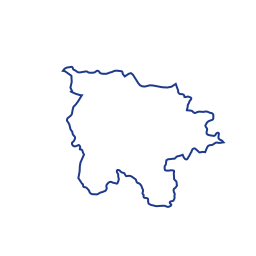 an SVG outline of Grad Beograd, rotated 318°
{"feature_id": "SRB-836", "entity_name": "Grad Beograd", "entity_type": "City", "adm_level": 1, "iso_a3": "SRB", "parent_name": "Republic of Serbia", "parent_adm1": "", "projection": "robinson", "projection_center": [20.4, 44.661], "detail": "fine", "context": "isolated", "style": "outline", "palette": "blue", "viewbox_px": 256, "rotation_deg": 318, "n_neighbors": 0, "source": "natural_earth", "source_scale": "10m", "svg_char_len": 5879}
<svg xmlns="http://www.w3.org/2000/svg" viewBox="0 0 256 256"><g transform="rotate(318 128 128)"><path d="M57.6,132.0L63.1,127.8L66.5,124.3L69.5,121.9L77.5,118.3L78.2,115.8L78.6,115.1L79.1,113.7L79.1,113.3L79.0,112.9L78.1,111.9L78.0,111.7L78.1,111.4L78.3,111.2L79.3,110.6L79.5,110.4L79.8,110.1L80.2,108.7L80.2,108.3L80.1,107.9L79.9,107.6L79.6,107.5L78.3,107.1L77.1,106.6L76.5,106.3L75.9,105.8L75.5,105.2L75.4,104.6L75.3,104.0L75.4,103.4L75.5,102.8L76.1,101.9L76.4,101.6L77.0,101.5L78.7,101.5L79.8,101.2L80.9,100.7L81.5,100.4L82.1,99.9L82.3,99.6L82.6,98.8L82.7,96.0L82.9,95.5L83.1,95.0L84.0,93.7L84.1,93.2L84.2,91.7L84.5,90.3L86.3,87.0L86.8,85.9L87.3,83.9L87.5,81.9L87.6,81.6L87.9,81.3L89.0,80.5L89.8,80.3L92.9,80.5L94.2,80.5L94.7,80.4L95.5,80.1L97.6,78.6L98.9,77.5L101.4,75.9L102.7,75.7L104.7,75.6L108.4,74.9L115.6,72.8L114.6,71.8L112.0,67.6L110.0,62.9L111.2,62.9L112.2,59.5L117.0,56.1L120.9,51.3L119.1,43.5L117.9,42.0L120.0,41.6L121.3,41.7L121.9,41.8L122.7,42.1L124.0,42.8L125.4,43.8L126.9,44.7L127.2,45.1L127.3,45.5L127.3,45.9L127.2,46.3L126.6,47.6L126.6,48.1L126.7,48.5L127.4,50.1L127.9,52.5L128.2,53.1L128.6,53.7L129.7,54.7L134.6,57.8L135.0,58.2L135.3,58.6L135.8,60.4L136.2,60.9L136.6,61.3L137.5,62.2L139.0,63.5L139.9,64.1L140.4,64.3L141.4,64.5L142.9,64.6L143.4,64.9L143.8,65.2L144.2,65.9L144.2,66.4L144.1,68.0L144.1,68.4L144.2,68.9L144.4,69.3L145.2,70.4L145.6,70.9L147.9,73.0L148.9,73.6L151.7,74.7L153.4,75.6L155.6,76.3L156.5,76.7L157.4,77.4L158.7,78.6L160.9,81.2L161.2,81.6L161.3,82.0L161.3,82.5L161.2,82.9L160.9,83.3L160.3,84.2L160.1,87.5L164.8,88.2L166.9,89.2L167.3,91.7L165.6,101.7L165.5,104.1L166.4,106.5L168.3,108.5L172.8,110.9L174.9,113.0L180.8,120.7L184.3,124.2L187.9,126.4L193.0,127.2L190.3,133.7L189.4,134.8L189.2,135.3L189.1,136.2L189.1,136.6L189.2,137.1L189.4,137.6L189.7,138.0L190.9,139.1L191.3,139.7L191.5,140.5L191.6,141.1L191.5,141.5L190.8,142.5L190.7,142.7L190.9,143.0L191.6,143.7L193.1,144.4L193.8,145.0L194.2,145.7L194.9,147.1L195.0,147.7L195.0,148.0L194.8,148.4L194.4,148.7L194.0,148.9L191.6,149.3L189.9,150.2L188.1,150.8L187.7,151.0L186.2,152.5L184.2,153.7L183.6,154.2L185.7,156.4L186.8,157.8L187.0,158.3L187.1,158.6L187.1,160.2L187.2,160.6L187.7,161.5L188.1,161.9L189.2,162.2L190.5,162.7L191.9,163.5L194.7,166.4L196.7,167.7L197.5,168.4L198.1,169.4L199.1,171.6L200.2,173.0L200.4,173.8L200.4,174.7L200.3,175.2L200.0,175.6L198.0,177.7L197.6,178.1L196.8,178.4L196.4,178.4L196.0,178.3L192.9,177.0L191.9,176.8L190.6,176.8L190.0,176.9L189.0,177.3L187.4,177.8L187.1,178.0L186.9,178.3L186.7,178.7L186.4,180.9L186.2,181.5L186.0,181.9L185.6,182.2L184.1,183.3L183.3,184.0L183.0,184.4L182.7,184.9L182.6,185.3L182.7,186.0L183.1,186.9L183.6,187.7L184.5,188.9L186.2,190.9L186.6,191.4L187.1,191.6L187.8,191.7L188.2,191.7L189.6,191.2L190.6,191.2L191.3,191.4L191.7,191.7L191.9,192.0L192.0,192.4L191.9,192.9L189.2,195.2L188.7,195.7L188.4,196.5L188.3,197.1L188.4,197.7L188.5,198.2L189.2,199.6L189.4,200.4L189.4,202.6L187.0,201.0L185.8,200.1L185.3,199.6L184.6,198.6L183.9,198.0L183.5,197.7L182.7,197.5L180.5,197.2L179.2,196.9L178.7,196.6L177.3,195.5L175.9,195.0L175.0,195.0L173.8,195.4L171.6,196.4L169.2,197.6L167.8,196.0L166.9,195.2L166.6,195.0L165.5,194.6L165.1,194.3L164.8,194.0L164.6,193.3L164.6,192.3L164.4,190.7L164.2,188.9L164.1,188.4L164.0,187.9L163.7,187.6L162.8,187.1L162.1,187.0L161.6,187.0L161.0,187.2L159.2,188.1L156.5,189.0L155.2,189.6L153.2,190.1L151.6,190.7L151.1,190.7L150.5,190.5L150.2,190.3L149.9,189.7L149.7,189.2L149.7,188.6L149.8,187.3L149.9,186.7L150.7,184.5L148.0,183.4L146.0,182.2L145.5,182.0L144.1,181.9L142.4,182.0L141.8,181.8L140.7,180.8L138.9,179.6L137.2,178.3L136.4,177.9L134.9,177.7L132.0,180.2L131.2,180.6L130.2,180.8L129.5,181.1L129.2,181.4L128.5,182.2L127.8,183.1L127.4,183.8L127.4,184.0L127.5,184.4L127.9,185.2L130.1,187.2L131.6,188.1L133.1,189.7L133.4,190.2L133.5,190.6L133.3,190.9L133.1,191.2L131.8,192.3L131.2,192.9L129.4,195.3L128.2,196.6L128.0,197.3L128.1,199.5L128.1,200.0L128.0,200.5L127.5,201.2L126.7,202.2L126.2,203.0L126.2,203.3L125.4,203.7L124.3,204.0L123.2,204.1L121.9,204.0L121.4,204.0L120.7,204.3L120.2,204.8L119.6,205.7L119.1,206.7L118.9,207.7L118.6,208.3L116.9,209.7L115.9,211.1L115.4,211.4L114.4,211.9L113.6,212.2L113.0,212.3L112.3,212.1L111.1,211.4L110.4,211.1L109.8,211.0L109.5,211.1L109.2,211.4L108.9,211.7L108.9,212.1L108.9,213.1L108.9,213.6L108.8,214.0L108.5,214.2L108.0,214.4L106.3,214.1L105.6,213.8L105.1,213.5L104.7,213.1L104.3,212.6L103.4,210.7L103.0,210.1L99.3,207.0L97.6,205.8L96.6,204.9L93.6,200.5L92.8,198.5L92.8,198.0L93.0,197.3L93.3,196.8L93.9,195.9L95.0,194.7L95.3,194.2L95.4,193.8L95.4,193.4L95.2,193.0L95.0,192.6L93.9,191.4L93.7,191.1L93.5,190.8L93.4,190.4L93.5,189.6L93.6,189.4L94.0,189.0L94.8,188.3L94.9,187.9L94.8,186.9L94.9,186.7L95.0,186.4L95.5,185.9L97.2,184.8L97.7,184.0L98.1,183.0L98.5,181.6L99.2,180.0L99.4,178.9L99.4,177.8L99.2,176.8L99.1,176.3L98.5,175.4L98.3,175.0L98.3,174.6L98.4,173.7L99.1,172.1L99.3,171.4L99.3,171.0L98.9,169.5L98.5,167.5L97.8,165.4L96.8,164.3L96.3,163.8L94.8,162.9L94.4,162.3L94.4,161.9L94.9,159.6L95.0,159.3L94.9,158.9L94.7,158.4L93.7,157.0L93.3,155.3L93.4,154.3L93.3,153.9L92.9,152.9L92.4,152.4L92.1,152.2L91.5,152.2L91.1,152.3L90.5,153.1L90.1,153.9L89.9,155.3L89.7,155.8L89.3,156.4L88.5,157.2L88.1,157.8L87.7,158.4L87.4,159.2L87.0,159.8L85.8,160.7L83.4,161.9L83.0,162.0L82.6,161.9L82.3,161.6L82.0,161.2L81.0,159.6L80.1,158.4L79.4,156.8L79.1,156.4L78.7,156.1L77.7,155.7L76.8,155.6L75.5,155.7L74.8,155.8L74.2,155.9L73.6,156.3L73.0,156.7L72.7,157.1L72.0,158.4L71.3,158.9L70.7,159.2L69.3,159.6L68.7,159.4L67.7,159.0L65.9,158.4L64.3,157.5L61.3,156.9L60.3,156.4L59.7,155.8L58.9,154.9L58.0,154.2L57.4,153.5L56.9,152.8L56.6,152.1L56.4,151.4L56.4,151.0L56.7,149.2L57.2,148.6L57.2,145.4L57.1,144.4L56.9,143.9L56.8,143.6L55.9,142.7L55.7,142.2L55.6,141.8L55.7,141.3L56.7,139.9L56.8,139.7L56.8,139.4L56.6,138.5L57.6,132.0Z" fill="none" stroke="#1e3a8a" stroke-width="2"/></g></svg>